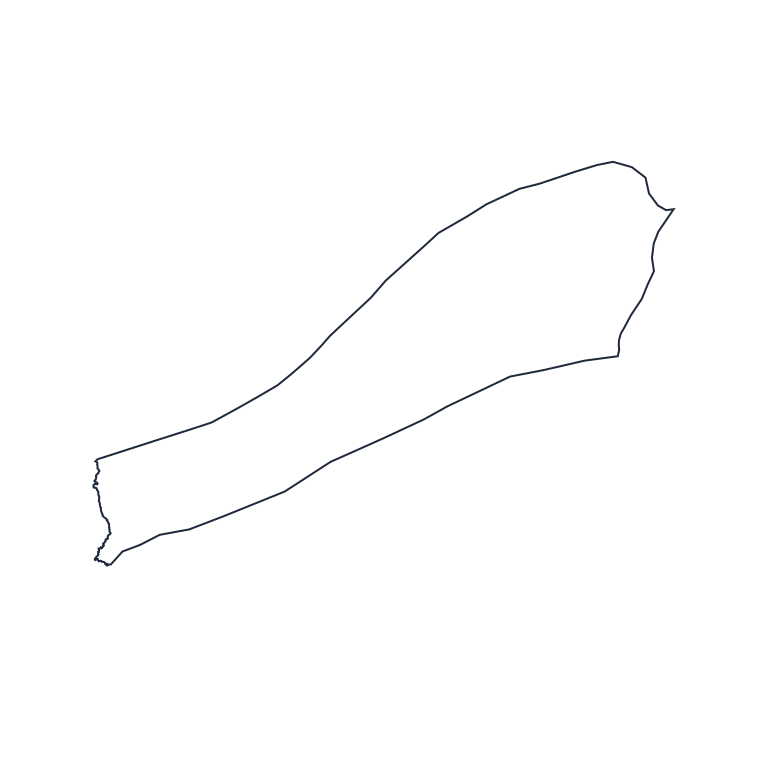 outline of Idjwi, Sud-Kivu, Democratic Republic of the Congo, rotated 228°
{"feature_id": "63176286B68411895895174", "entity_name": "Idjwi", "entity_type": "district", "adm_level": 2, "iso_a3": "COD", "parent_name": "Democratic Republic of the Congo", "parent_adm1": "Sud-Kivu", "projection": "natural_earth1", "projection_center": [29.165, -1.966], "detail": "fine", "context": "isolated", "style": "outline", "palette": "slate", "viewbox_px": 768, "rotation_deg": 228, "n_neighbors": 0, "source": "geoboundaries", "source_scale": "gbopen_adm2", "svg_char_len": 3466}
<svg xmlns="http://www.w3.org/2000/svg" viewBox="0 0 768 768"><g transform="rotate(228 384 384)"><path d="M435.0,56.4L434.7,56.5L434.1,57.1L434.1,58.2L434.0,58.5L433.4,59.4L432.7,60.2L434.5,77.6L427.6,95.2L422.0,116.4L406.3,141.9L393.1,176.2L370.5,238.3L361.9,292.2L344.4,346.2L331.1,389.6L325.0,416.1L305.2,482.6L287.8,511.5L267.2,548.6L248.2,576.3L252.0,581.6L256.3,584.9L259.4,588.1L262.9,593.5L263.2,594.3L265.0,600.0L269.9,613.6L274.8,632.7L281.5,646.5L287.2,660.1L298.5,667.6L308.0,678.6L313.6,689.7L320.1,716.2L324.5,709.9L333.4,707.0L348.2,708.4L362.4,716.4L379.3,713.3L395.9,702.8L404.1,689.0L414.0,667.8L428.8,633.6L438.4,615.3L449.0,580.4L452.8,558.4L459.8,525.6L459.6,507.3L459.7,454.7L456.9,431.6L456.3,394.6L455.9,376.0L454.3,362.1L453.0,346.3L453.4,321.8L454.3,304.1L458.4,284.0L463.7,260.0L470.7,230.3L478.5,212.6L495.0,176.0L519.8,120.7L519.6,117.8L518.3,118.4L517.2,118.3L517.0,118.1L516.4,117.3L516.0,116.9L515.6,116.8L515.1,116.5L514.6,116.1L514.3,115.9L513.4,114.9L512.9,114.9L512.5,114.5L511.9,114.5L511.3,114.6L510.4,114.6L510.0,114.3L509.6,114.0L509.6,113.5L509.2,112.3L508.9,112.0L509.0,111.0L508.7,110.6L508.9,109.5L508.7,108.8L508.3,108.4L507.8,108.0L507.2,107.8L506.9,107.2L506.4,106.6L505.7,105.6L505.6,105.1L505.9,104.6L505.8,104.0L505.3,103.8L504.6,103.9L503.6,104.0L503.4,104.1L503.0,104.6L502.7,104.8L502.1,104.6L501.6,104.4L501.3,103.8L501.4,103.6L501.6,103.5L501.8,103.3L502.1,103.1L502.6,102.8L502.8,102.4L503.5,101.3L503.3,100.6L502.9,100.1L502.1,99.7L501.8,99.2L501.2,99.0L500.8,99.4L500.3,99.9L498.8,100.7L498.4,100.5L498.0,100.1L497.6,99.9L497.1,100.0L496.4,99.7L495.4,99.7L494.7,99.4L493.6,98.1L493.0,97.8L492.4,97.5L491.9,97.3L491.1,97.2L490.9,96.8L490.6,96.5L489.9,96.2L489.5,95.7L488.9,95.1L488.3,94.5L488.0,93.9L486.6,93.4L485.8,93.1L485.2,92.8L484.8,92.4L484.4,92.2L483.9,91.8L482.4,90.8L481.5,90.9L480.0,89.5L479.5,89.1L479.2,89.1L478.2,88.4L477.7,88.3L477.4,88.3L476.9,87.9L476.3,87.8L475.8,87.7L475.2,87.6L474.5,86.8L474.0,86.6L473.7,86.8L472.9,86.9L472.1,86.8L471.3,87.0L470.6,87.2L470.0,87.3L469.4,87.4L468.9,87.4L468.3,87.2L467.9,87.3L467.8,87.1L467.8,86.7L467.1,86.7L466.4,86.6L465.6,86.3L464.8,86.3L464.6,86.0L464.2,86.0L463.6,85.6L462.9,85.1L462.5,84.8L462.1,84.5L461.5,84.0L461.4,83.6L460.9,83.5L460.1,82.9L459.8,82.7L459.5,82.8L459.1,82.3L458.9,82.0L458.7,81.9L458.4,81.7L458.2,81.6L457.9,81.3L457.6,81.1L456.9,81.0L456.3,81.1L456.1,81.0L455.8,80.7L455.8,80.3L455.7,79.7L455.9,79.0L456.0,78.5L456.1,77.9L455.9,77.3L455.6,76.7L455.3,76.7L454.9,76.1L454.3,75.7L453.9,75.2L453.8,74.7L454.1,74.4L454.6,74.1L454.7,73.5L454.5,72.7L454.3,72.3L453.7,72.2L453.3,71.7L453.4,70.7L453.2,70.0L453.2,69.4L453.3,68.8L452.9,68.7L452.9,68.2L452.3,68.2L451.8,67.6L451.4,67.6L451.4,67.0L451.6,66.7L451.3,66.4L451.1,66.0L451.0,64.8L451.5,64.6L450.9,64.3L451.1,63.8L452.0,63.0L452.5,62.3L452.7,61.8L452.0,61.4L451.6,61.4L451.3,61.2L450.7,60.6L450.4,60.0L449.9,59.8L449.8,59.1L450.2,58.9L449.7,58.5L449.4,58.3L448.9,57.7L448.4,57.7L448.3,57.3L448.2,56.7L447.9,56.4L447.9,55.9L448.0,55.5L448.1,54.7L447.7,53.8L447.7,52.7L447.4,52.7L447.0,52.4L447.1,51.9L446.9,51.6L446.4,51.6L446.3,52.2L446.0,53.4L445.8,54.1L445.5,54.2L445.4,53.7L444.6,53.5L443.7,53.6L443.0,53.5L442.6,54.2L442.4,55.0L441.9,55.4L441.4,55.4L441.2,55.3L440.5,55.4L440.2,56.0L439.8,56.3L439.2,56.6L438.4,57.1L437.7,56.9L437.3,56.5L436.8,56.5L436.3,57.2L435.9,57.6L435.8,57.2L435.8,56.5L435.3,56.4L435.0,56.4Z" fill="none" stroke="#1e293b" stroke-width="2"/></g></svg>